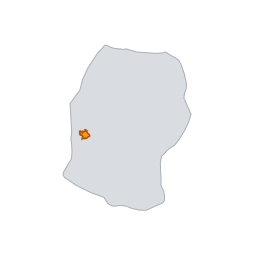 location of Qiloane, Maseru, Lesotho, rotated 325°
{"feature_id": "5366337B33510041242454", "entity_name": "Qiloane", "entity_type": "district", "adm_level": 2, "iso_a3": "LSO", "parent_name": "Lesotho", "parent_adm1": "Maseru", "projection": "albers", "projection_center": [27.645, -29.358], "detail": "fine", "context": "in_parent", "style": "filled", "palette": "amber", "viewbox_px": 256, "rotation_deg": 325, "n_neighbors": 0, "source": "geoboundaries", "source_scale": "gbopen_adm2", "svg_char_len": 3084}
<svg xmlns="http://www.w3.org/2000/svg" viewBox="0 0 256 256"><g transform="rotate(325 128 128)"><path d="M162.8,166.9L156.6,168.7L155.8,168.9L151.9,168.4L146.6,168.8L142.5,169.9L139.2,170.3L134.0,175.8L124.4,190.9L121.9,194.0L121.1,200.0L118.9,204.7L116.2,208.3L113.6,209.2L105.7,207.7L95.6,205.8L89.7,201.3L84.5,195.3L81.7,190.9L78.8,188.5L77.8,187.2L73.7,185.2L72.1,184.1L70.8,183.4L69.1,180.5L68.1,178.0L68.5,171.0L65.6,166.8L60.6,159.7L57.4,153.9L53.0,145.9L50.3,139.1L47.6,132.1L47.9,129.0L50.5,126.9L58.2,123.3L64.2,120.6L68.4,115.5L73.1,108.0L75.4,103.4L77.6,101.4L80.1,98.2L84.5,91.1L89.3,83.2L94.5,74.8L101.1,72.4L110.0,69.6L118.6,62.2L128.9,56.1L145.5,49.4L153.3,47.8L156.2,46.8L158.1,48.1L160.0,52.0L162.8,55.2L169.3,60.9L172.0,62.3L178.7,70.7L185.8,76.5L194.0,83.1L199.6,86.5L202.5,87.4L204.8,93.3L207.1,97.7L208.4,101.7L208.1,105.7L205.4,115.3L201.4,125.1L198.3,129.1L194.6,131.7L190.9,135.5L189.4,143.4L187.6,152.7L182.9,156.5L179.2,158.9L174.1,162.0L162.8,166.9Z" fill="#d9dde1" stroke="#a8b0b8" stroke-width="1"/><path d="M92.0,112.6L92.1,112.4L92.2,112.2L92.3,112.1L92.4,111.3L92.4,111.2L92.4,110.9L92.4,110.7L92.3,110.4L92.3,110.2L92.2,110.1L92.1,109.9L92.1,109.7L92.0,109.4L92.0,109.2L92.0,108.9L92.0,108.7L92.0,108.4L92.0,108.2L92.0,107.9L92.0,107.7L92.2,107.4L92.3,107.3L92.3,107.2L92.3,106.9L92.2,106.8L92.3,106.7L92.5,106.7L92.4,106.6L92.5,106.4L92.5,106.2L92.4,106.1L92.2,106.1L91.9,106.2L91.9,105.9L92.0,105.9L92.3,105.8L92.5,105.8L92.5,105.7L92.4,105.7L92.3,105.4L92.2,105.5L92.0,105.4L91.9,105.3L91.8,105.2L91.8,105.3L91.7,105.3L91.7,105.5L91.4,105.6L91.2,105.7L90.9,105.8L90.7,105.9L90.4,105.9L90.2,105.8L90.1,105.7L89.9,105.6L89.7,105.5L89.4,105.6L89.2,105.5L89.1,105.3L89.1,105.2L89.0,105.3L89.0,105.5L88.9,105.5L88.7,105.5L88.4,105.7L88.3,105.8L88.2,105.9L87.9,105.9L87.8,105.7L87.7,105.5L87.7,105.3L87.7,105.0L87.8,104.8L87.8,104.7L87.8,104.4L87.9,104.2L87.8,103.8L87.7,103.7L87.4,103.4L87.3,103.2L87.2,103.1L86.9,102.9L86.7,103.0L86.4,103.0L86.2,103.2L86.1,103.3L86.0,103.5L86.1,103.8L86.1,104.0L86.0,104.3L85.9,104.3L85.9,104.5L85.8,104.8L85.7,104.8L85.4,104.8L85.2,104.9L85.3,105.0L85.4,105.3L85.5,105.4L85.5,105.5L85.4,105.6L85.2,105.6L85.1,105.8L84.9,106.0L85.0,106.1L84.9,106.3L85.0,106.7L85.2,106.9L85.4,106.9L85.5,107.0L85.8,106.9L85.9,107.0L85.9,107.3L86.0,107.6L85.9,107.6L85.9,107.8L86.0,108.0L85.9,108.0L85.9,108.3L86.0,108.4L86.1,108.5L86.0,108.8L86.0,109.0L85.9,109.0L85.7,109.1L85.6,109.3L85.6,109.5L85.4,109.8L85.2,109.8L84.9,109.9L84.7,109.9L84.5,110.0L84.4,110.1L84.4,110.3L84.2,110.3L84.3,110.3L84.2,110.4L84.4,110.4L84.5,110.4L84.6,110.5L84.7,110.8L84.8,110.9L85.0,111.0L85.3,111.0L85.5,111.0L85.9,111.1L86.0,111.2L86.3,111.2L86.6,111.3L86.8,111.3L87.0,111.3L86.9,111.6L86.7,111.7L86.5,111.9L86.5,112.0L86.8,112.0L87.0,112.1L87.3,112.2L87.7,112.3L87.8,112.4L88.0,112.5L88.3,112.7L88.5,112.6L88.8,112.5L89.0,112.5L89.3,112.5L89.5,112.5L89.8,112.5L90.0,112.5L90.1,112.4L90.3,112.4L90.5,112.4L90.8,112.5L91.0,112.5L91.3,112.7L91.5,112.6L91.8,112.6L92.0,112.6L92.0,112.6Z" fill="#f59e0b" stroke="#b45309" stroke-width="1.5"/></g></svg>